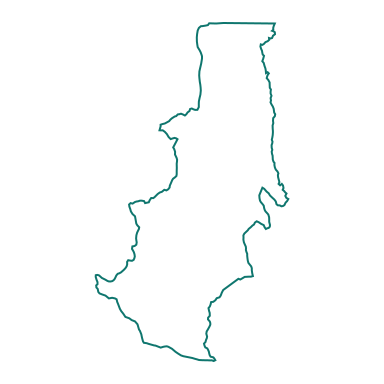 Jauru, Mato Grosso, Brazil (Natural Earth projection)
{"feature_id": "56859067B96920061612765", "entity_name": "Jauru", "entity_type": "district", "adm_level": 2, "iso_a3": "BRA", "parent_name": "Brazil", "parent_adm1": "Mato Grosso", "projection": "natural_earth1", "projection_center": [-58.867, -15.302], "detail": "fine", "context": "isolated", "style": "outline", "palette": "teal", "viewbox_px": 384, "rotation_deg": 0, "n_neighbors": 0, "source": "geoboundaries", "source_scale": "gbopen_adm2", "svg_char_len": 5199}
<svg xmlns="http://www.w3.org/2000/svg" viewBox="0 0 384 384"><path d="M274.8,23.5L223.3,23.0L216.1,23.5L209.2,23.3L207.9,25.1L205.6,25.6L202.5,26.1L200.9,26.2L198.9,27.9L197.7,30.5L197.1,34.1L196.8,37.4L196.9,41.6L197.3,44.7L197.7,47.1L199.6,50.2L200.7,52.4L201.5,54.6L202.0,56.2L202.0,58.6L201.6,61.0L201.2,63.5L200.2,67.8L199.4,71.4L199.2,75.5L199.4,78.1L199.8,81.8L200.3,84.7L200.6,87.4L200.8,90.5L200.4,94.6L199.6,97.9L198.9,101.3L198.8,103.2L198.8,105.1L198.8,107.1L197.4,109.8L195.2,109.9L193.4,109.3L191.8,108.5L190.1,109.0L189.5,111.0L187.6,112.4L186.3,114.3L184.9,115.5L183.0,114.5L181.0,113.7L179.4,114.2L177.8,114.4L176.2,116.1L174.7,116.5L173.3,117.4L171.9,118.3L170.3,119.7L169.2,121.1L167.4,122.1L164.8,123.5L162.3,124.1L160.6,124.7L160.6,126.4L159.5,130.3L160.9,130.4L162.7,130.3L164.8,131.8L166.9,134.1L168.6,137.0L170.7,139.1L172.4,138.5L174.5,137.9L176.3,138.4L177.5,139.2L173.2,147.4L174.2,149.1L175.1,151.8L175.0,154.5L176.6,157.9L177.1,159.7L177.0,161.4L176.7,163.7L176.8,167.8L176.7,171.0L176.7,174.2L176.4,176.0L174.9,177.4L173.1,178.7L172.2,180.1L170.9,183.2L169.8,185.7L169.6,187.5L168.2,189.3L166.4,190.4L164.3,189.8L161.9,191.8L159.8,192.5L157.7,194.0L156.0,195.7L154.6,197.1L153.3,198.1L151.2,198.0L149.7,200.2L148.8,202.3L146.9,202.7L145.1,203.1L144.1,201.1L141.9,200.7L139.9,200.7L138.1,201.3L136.6,201.5L135.0,202.0L132.6,203.6L130.6,203.1L129.1,204.5L129.4,206.7L130.2,208.9L130.9,211.4L132.5,214.0L135.0,216.3L135.4,218.4L136.3,223.6L137.3,225.3L139.2,227.3L138.9,229.0L137.8,231.2L137.1,232.7L136.4,235.2L136.1,238.4L136.4,240.7L136.7,242.3L136.3,244.7L134.6,246.0L132.4,246.4L132.0,248.9L133.2,250.9L133.9,252.3L134.5,254.3L134.8,256.5L134.3,258.4L133.6,259.9L132.0,260.8L130.3,260.6L128.2,260.2L127.1,261.9L127.2,264.3L126.6,266.4L125.4,268.2L123.8,269.9L122.2,271.3L121.1,272.3L119.3,273.3L117.7,273.8L116.3,275.5L115.5,277.3L114.7,278.9L113.6,280.2L112.3,281.1L110.5,281.5L108.7,281.4L107.4,280.9L105.4,279.7L103.4,278.7L101.8,277.9L100.5,276.7L98.9,275.3L97.2,274.9L95.8,275.2L95.7,276.9L96.5,279.6L97.5,282.1L97.5,284.2L96.2,285.4L96.4,287.5L97.7,288.9L98.3,291.9L99.5,293.4L102.3,294.5L105.5,295.6L108.9,298.4L112.1,297.8L115.0,298.4L116.6,299.3L117.2,301.9L118.0,303.8L119.9,308.8L121.2,311.1L123.2,313.6L125.4,316.9L129.3,318.3L131.7,320.1L135.0,321.4L137.5,324.3L139.0,329.5L139.9,330.8L141.3,334.3L142.0,337.7L143.0,341.4L143.9,342.8L146.7,343.2L148.7,343.9L154.0,345.4L155.5,345.6L160.7,347.6L163.3,346.8L164.9,346.5L166.8,346.3L168.4,346.8L172.0,348.8L175.5,351.8L178.0,353.5L181.0,355.4L183.3,356.2L186.8,356.9L190.8,357.7L192.3,358.0L194.9,358.8L197.1,359.4L199.0,360.0L200.7,360.1L202.5,360.2L208.1,360.3L210.2,360.4L211.7,360.3L213.7,361.0L215.3,360.2L214.4,358.7L213.4,357.4L212.0,357.0L210.6,356.7L209.7,355.2L209.2,353.4L208.9,351.8L208.2,350.1L207.3,348.4L205.3,347.4L204.5,345.6L204.0,343.6L205.5,342.0L206.0,340.0L206.8,338.2L207.1,336.6L206.3,333.7L206.7,331.4L207.7,329.8L209.5,326.5L210.3,324.7L210.3,323.1L209.8,321.5L208.0,319.4L208.1,317.7L209.8,315.8L209.7,312.9L209.1,311.0L208.5,308.1L209.8,306.5L210.6,304.4L211.1,302.1L213.3,301.8L215.4,300.2L216.7,298.2L219.5,297.3L220.7,295.6L221.8,292.7L223.2,290.0L238.4,278.8L240.3,279.5L241.7,278.7L243.2,277.8L244.7,276.9L248.3,276.7L250.8,276.7L252.9,276.1L252.2,273.1L251.8,270.3L251.8,268.2L251.2,266.4L248.4,262.9L247.8,260.7L247.5,258.6L247.2,255.9L247.2,253.8L246.4,251.8L245.9,250.0L246.0,248.3L245.8,246.6L244.7,244.2L243.9,242.3L243.4,239.7L243.5,237.5L243.4,235.4L244.3,233.6L246.3,231.7L247.8,230.3L248.7,228.9L250.8,227.2L252.4,225.6L254.0,224.5L254.9,222.6L256.7,221.3L258.7,222.2L261.2,223.9L263.7,225.1L264.7,227.4L265.9,229.0L267.2,228.3L268.7,227.9L269.8,226.7L270.0,225.0L269.2,221.9L269.2,219.0L269.1,217.2L268.3,214.5L266.8,212.8L265.5,211.4L264.7,209.9L264.2,208.3L263.7,205.6L262.3,203.8L260.9,202.2L260.0,200.6L259.5,198.1L259.3,195.3L262.4,187.7L264.2,188.8L266.6,191.6L268.7,193.3L270.0,195.5L272.3,197.7L274.4,199.6L275.8,201.5L276.5,204.2L277.8,205.3L279.8,205.4L281.4,206.3L283.0,206.0L284.4,205.1L285.6,202.6L287.1,201.1L288.3,199.0L286.3,197.8L285.3,195.9L286.5,193.5L285.3,192.5L284.1,191.0L282.7,189.8L283.5,188.0L283.0,185.5L281.8,183.9L280.1,185.3L278.6,183.9L279.4,182.1L278.8,179.9L278.1,177.2L277.9,175.0L278.4,173.4L277.5,171.5L275.8,169.6L274.9,167.5L274.4,165.0L274.5,162.9L273.5,161.7L272.8,159.6L272.6,155.7L272.0,153.8L271.7,151.6L272.3,149.9L271.7,147.7L271.6,145.1L272.2,143.5L272.5,141.7L271.8,139.7L272.3,137.6L272.7,135.2L272.9,132.7L272.9,131.0L272.7,128.6L272.6,125.5L273.3,123.1L273.0,120.8L273.2,118.1L274.8,116.3L275.2,114.2L274.2,112.6L273.7,108.8L272.8,106.5L271.5,104.4L270.5,102.3L271.0,100.5L270.6,98.1L271.5,95.8L270.6,93.5L270.6,91.7L270.9,89.5L269.8,87.8L269.7,85.3L269.6,82.4L268.3,80.0L266.7,78.1L267.5,75.3L268.8,73.4L267.6,72.2L266.0,73.1L265.8,70.7L265.4,68.4L264.6,66.2L263.7,62.9L262.3,61.2L263.2,58.8L264.0,55.8L262.7,54.5L262.3,52.7L262.0,50.8L261.1,48.8L260.4,46.5L260.8,44.4L262.3,44.9L263.8,44.0L265.5,42.1L267.7,41.2L269.2,39.8L269.0,38.0L270.5,38.5L272.1,38.0L273.0,35.7L275.0,34.2L274.8,32.2L273.5,31.3L272.1,30.8L273.3,29.7L273.2,28.0L273.7,26.1L274.8,23.5Z" fill="none" stroke="#0f766e" stroke-width="2"/></svg>